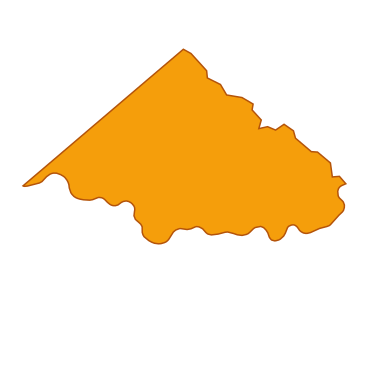 outline of Holt, Missouri, United States of America, rotated 319°
{"feature_id": "52423323B48032696511614", "entity_name": "Holt", "entity_type": "district", "adm_level": 2, "iso_a3": "USA", "parent_name": "United States of America", "parent_adm1": "Missouri", "projection": "equal_earth", "projection_center": [-95.272, 40.063], "detail": "fine", "context": "isolated", "style": "filled", "palette": "amber", "viewbox_px": 384, "rotation_deg": 319, "n_neighbors": 0, "source": "geoboundaries", "source_scale": "gbopen_adm2", "svg_char_len": 2097}
<svg xmlns="http://www.w3.org/2000/svg" viewBox="0 0 384 384"><g transform="rotate(319 192 192)"><path d="M69.5,78.0L71.8,79.6L82.8,85.1L85.6,85.7L92.3,85.0L96.6,85.4L98.5,86.1L99.9,86.9L102.2,89.0L104.3,92.8L105.3,95.8L105.6,97.5L105.4,101.1L104.8,103.5L103.9,105.7L102.0,108.5L100.1,113.1L99.9,115.0L100.0,117.9L100.6,120.0L101.4,121.7L102.7,123.8L105.0,126.7L109.5,131.1L112.0,132.6L117.3,134.5L118.2,135.0L120.1,137.1L120.8,138.6L121.2,140.4L121.4,144.3L121.9,147.2L122.4,148.7L123.4,150.4L125.1,152.0L127.6,153.2L131.8,153.5L134.0,154.1L136.5,155.6L138.0,157.7L138.8,159.7L139.1,161.6L139.0,164.3L138.5,166.0L137.2,167.8L135.9,168.9L132.6,171.9L131.3,175.6L131.9,179.8L132.2,182.7L131.6,185.5L129.5,188.0L127.9,189.9L126.9,192.2L126.5,194.3L127.5,200.3L128.6,203.3L130.0,206.0L132.7,209.1L134.7,210.6L137.7,212.0L139.6,212.6L141.5,212.7L143.3,212.5L151.6,210.0L154.7,210.0L158.3,211.3L159.2,211.9L163.7,217.1L167.1,219.1L171.7,220.5L172.9,221.2L174.2,222.7L174.7,223.6L175.9,226.8L175.9,228.1L175.9,231.7L176.2,233.5L176.5,234.3L178.5,237.1L184.1,240.9L190.6,244.1L192.7,245.6L196.2,250.7L198.1,254.0L201.3,257.6L205.2,259.7L207.2,260.3L209.7,260.3L214.4,260.0L216.1,260.2L217.2,260.7L221.3,263.1L222.7,265.9L222.9,269.3L222.4,272.6L220.7,276.8L220.5,278.5L220.5,280.0L220.7,280.7L222.4,283.2L223.5,283.9L226.0,285.1L227.8,285.5L232.2,285.4L235.4,284.3L240.8,281.5L242.5,281.3L245.2,282.1L246.8,283.1L247.8,284.4L248.4,286.6L248.4,288.1L248.0,291.6L248.3,293.6L249.2,296.0L250.7,297.9L251.8,298.8L254.7,300.3L264.4,303.2L271.3,306.6L273.5,307.4L275.0,307.5L287.7,305.9L292.3,305.7L294.2,305.3L296.7,303.7L298.5,301.8L299.6,298.9L299.7,297.6L299.3,293.1L299.6,291.4L300.0,290.5L302.5,287.0L304.9,285.5L307.0,285.1L309.0,285.3L313.5,286.7L313.5,276.9L307.8,272.7L315.5,260.9L312.9,244.2L308.5,239.8L305.4,219.3L308.7,212.4L305.9,201.3L295.7,200.1L291.9,192.3L284.0,188.0L291.5,183.1L291.2,169.5L295.8,165.7L291.7,153.5L281.8,141.5L284.0,129.6L278.4,116.0L282.6,110.1L282.1,86.8L279.1,78.6L231.6,78.1L68.5,76.5L68.7,77.1L69.5,78.0Z" fill="#f59e0b" stroke="#b45309" stroke-width="1.5"/></g></svg>